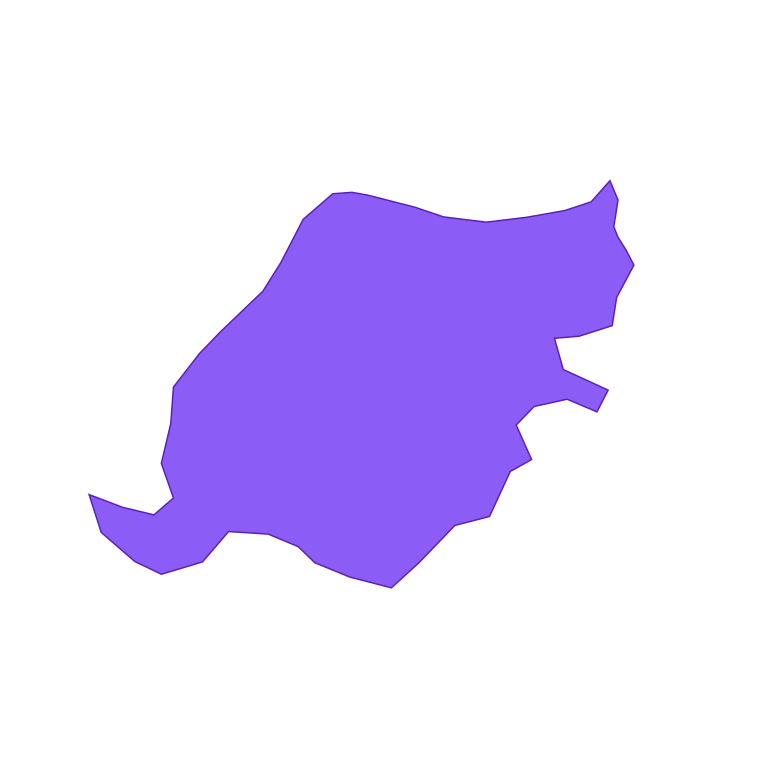 Gerakies, Nicosia, Cyprus (Albers equal-area conic projection), rotated 44°
{"feature_id": "46923920B59872666300573", "entity_name": "Gerakies", "entity_type": "district", "adm_level": 2, "iso_a3": "CYP", "parent_name": "Cyprus", "parent_adm1": "Nicosia", "projection": "albers", "projection_center": [32.789, 35.014], "detail": "fine", "context": "isolated", "style": "filled", "palette": "violet", "viewbox_px": 768, "rotation_deg": 44, "n_neighbors": 0, "source": "geoboundaries", "source_scale": "gbopen_adm2", "svg_char_len": 828}
<svg xmlns="http://www.w3.org/2000/svg" viewBox="0 0 768 768"><g transform="rotate(44 384 384)"><path d="M481.2,124.9L464.7,119.4L450.1,115.8L440.0,111.2L433.6,102.0L424.5,89.1L405.3,80.8L406.5,109.0L393.7,133.4L370.8,165.0L345.1,196.6L310.8,222.4L283.6,235.3L260.7,248.3L240.7,259.7L227.8,268.4L215.0,282.7L211.5,321.7L225.5,368.5L232.4,401.3L230.1,459.9L230.1,490.3L234.7,532.5L258.1,560.6L279.0,595.8L311.7,612.2L309.4,638.0L281.4,654.4L248.7,668.4L283.7,687.2L328.0,684.8L356.0,675.5L377.0,638.0L374.7,598.1L405.0,572.4L435.3,560.6L458.6,560.6L493.6,546.6L530.9,525.5L533.3,488.0L533.2,436.5L551.9,406.0L535.6,359.2L542.6,335.8L507.6,321.7L507.6,295.9L526.2,267.8L556.5,256.1L549.5,232.7L502.9,249.1L474.9,232.7L491.2,214.0L507.6,183.5L491.2,160.1L481.2,124.9Z" fill="#8b5cf6" stroke="#5b21b6" stroke-width="1.5"/></g></svg>